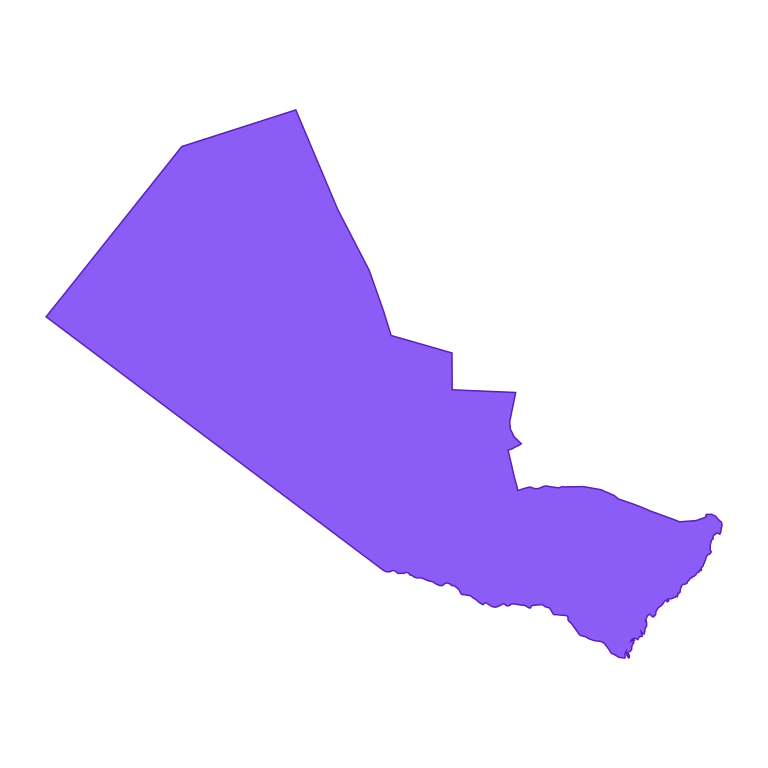 Faasaleleaga II, Fa'asaleleaga, Samoa
{"feature_id": "51752279B41947218323139", "entity_name": "Faasaleleaga II", "entity_type": "district", "adm_level": 2, "iso_a3": "WSM", "parent_name": "Samoa", "parent_adm1": "Fa'asaleleaga", "projection": "robinson", "projection_center": [-172.209, -13.636], "detail": "fine", "context": "isolated", "style": "filled", "palette": "violet", "viewbox_px": 768, "rotation_deg": 0, "n_neighbors": 0, "source": "geoboundaries", "source_scale": "gbopen_adm2", "svg_char_len": 3238}
<svg xmlns="http://www.w3.org/2000/svg" viewBox="0 0 768 768"><path d="M625.0,658.1L625.2,655.7L624.8,654.9L625.1,653.6L626.4,651.0L626.8,655.0L627.6,656.6L628.7,658.0L629.2,657.7L629.3,656.0L628.3,656.2L628.0,655.5L628.9,654.6L627.9,653.8L629.1,651.8L630.6,650.9L631.6,649.8L631.9,646.3L633.0,643.7L633.8,642.7L632.9,641.1L634.5,640.5L633.9,639.5L630.8,641.3L631.2,640.1L633.0,638.6L634.9,638.3L637.8,639.6L639.0,637.3L640.6,636.5L642.3,636.2L641.0,631.4L641.2,631.6L641.9,633.0L643.2,633.9L644.1,634.0L644.9,631.4L644.9,629.1L646.6,626.1L646.7,623.0L646.4,621.7L645.5,621.5L645.4,620.6L646.2,620.2L645.8,618.6L646.6,617.9L647.5,615.8L648.4,615.1L650.0,614.1L652.1,616.6L653.8,616.8L654.1,615.6L654.8,615.7L655.8,614.1L655.8,611.9L657.6,608.8L658.6,607.6L662.3,604.8L663.6,602.6L665.2,600.5L666.5,600.1L667.1,601.8L668.7,601.0L668.0,599.0L671.3,598.8L673.1,598.0L675.4,597.1L676.4,596.2L677.1,596.7L678.1,594.5L678.1,593.2L679.2,593.1L680.1,592.1L680.3,589.7L681.1,586.8L682.0,585.3L682.9,584.4L685.0,584.2L687.0,583.2L687.8,581.2L689.3,580.0L690.3,578.1L692.0,577.8L692.3,576.7L693.8,576.5L695.7,575.0L696.6,573.5L697.5,572.4L698.9,572.2L699.6,570.2L700.9,570.7L701.5,569.8L700.8,568.6L703.2,565.8L703.6,563.9L704.4,563.0L704.6,561.8L705.6,559.6L706.5,556.4L707.5,555.1L709.3,554.2L710.9,552.8L711.2,551.7L710.2,550.1L710.3,545.3L710.8,542.8L711.7,539.9L712.7,539.4L713.3,538.3L712.8,537.0L714.1,534.7L715.0,534.6L716.2,533.2L718.4,533.4L719.8,534.2L721.0,531.5L721.0,529.7L721.9,525.9L721.9,523.3L721.2,522.0L717.6,518.8L715.7,516.3L711.2,514.1L710.1,514.5L706.6,514.3L705.8,515.3L706.4,516.3L705.1,517.4L696.0,520.6L691.8,520.9L679.7,521.8L672.4,519.0L650.3,511.0L640.6,506.8L632.8,503.9L618.5,499.0L614.2,495.5L601.0,489.7L583.5,486.6L563.9,486.9L562.4,486.6L559.5,487.6L558.2,487.8L549.0,486.5L546.1,485.9L543.6,486.4L538.3,488.6L534.8,488.6L529.8,487.0L525.8,488.0L517.7,490.5L517.0,486.6L514.8,478.9L513.0,471.7L512.1,467.4L508.9,453.6L508.0,450.3L512.4,448.7L514.8,447.2L518.0,445.8L521.3,443.8L514.1,436.7L510.4,429.2L509.7,421.8L515.7,392.5L452.2,389.8L452.1,373.3L452.0,353.0L391.1,335.5L383.6,311.2L369.2,270.3L337.7,209.4L295.8,109.9L181.8,146.5L73.1,283.0L46.1,316.8L383.6,570.5L386.7,571.8L390.4,571.7L392.4,570.4L395.0,571.0L397.9,573.4L404.3,573.3L405.9,572.2L408.5,573.0L410.1,575.1L411.5,575.1L414.3,577.1L416.8,577.9L420.5,577.8L423.1,578.5L425.6,579.7L429.4,581.1L432.7,581.7L435.7,583.8L439.6,585.5L442.1,585.7L445.3,583.4L447.1,582.9L450.2,584.0L451.6,585.6L453.2,585.5L455.1,586.4L456.8,587.7L459.3,590.1L460.4,592.7L461.6,594.4L464.4,594.7L470.7,595.8L473.1,598.0L475.8,599.4L478.4,601.9L482.4,604.5L483.3,604.5L484.7,603.1L486.3,602.8L490.6,605.8L492.8,606.8L495.7,607.2L498.0,606.5L503.7,603.6L507.0,606.0L510.0,605.3L510.9,604.1L514.0,603.9L520.5,605.0L524.6,605.3L528.7,607.7L530.2,608.1L532.2,605.4L542.2,604.6L545.4,606.8L549.6,608.0L553.3,614.1L554.0,614.6L556.9,614.7L561.5,615.2L565.9,615.5L567.1,616.0L568.0,617.0L568.0,619.8L568.8,621.1L571.7,623.8L574.5,627.8L577.0,631.1L579.1,634.4L580.7,635.5L585.3,636.7L589.3,638.9L594.1,640.6L600.0,641.3L601.7,641.8L604.6,643.6L609.3,650.0L610.9,652.7L612.3,653.9L613.1,653.9L619.1,657.4L625.0,658.1Z" fill="#8b5cf6" stroke="#5b21b6" stroke-width="1.5"/></svg>